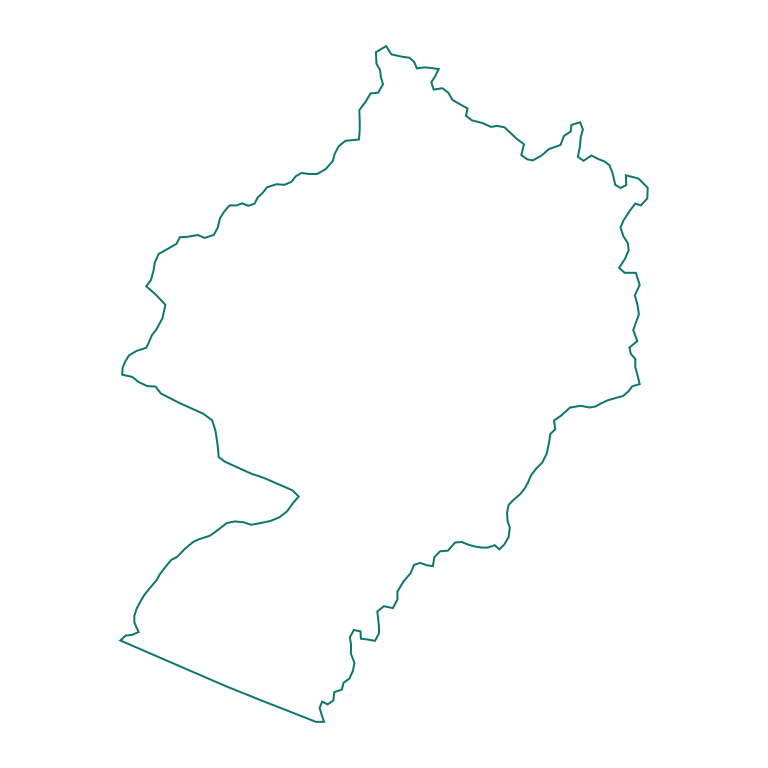 Maringá, Paraná, Brazil
{"feature_id": "56859067B20874146642258", "entity_name": "Maringá", "entity_type": "district", "adm_level": 2, "iso_a3": "BRA", "parent_name": "Brazil", "parent_adm1": "Paraná", "projection": "mercator", "projection_center": [-51.963, -23.405], "detail": "fine", "context": "isolated", "style": "outline", "palette": "teal", "viewbox_px": 768, "rotation_deg": 0, "n_neighbors": 0, "source": "geoboundaries", "source_scale": "gbopen_adm2", "svg_char_len": 3214}
<svg xmlns="http://www.w3.org/2000/svg" viewBox="0 0 768 768"><path d="M386.1,46.1L375.9,52.2L376.5,63.9L380.1,70.0L380.8,76.7L383.0,84.3L378.1,92.7L370.5,93.5L365.6,101.8L359.3,110.2L359.7,121.0L359.7,129.4L359.0,139.4L353.2,140.1L345.4,140.8L338.8,146.1L334.9,153.4L332.7,161.2L325.6,169.2L317.1,174.0L309.2,174.0L301.4,173.0L295.6,176.4L291.6,181.7L284.6,184.8L276.4,184.2L267.0,187.3L262.9,192.6L257.8,197.4L254.5,203.7L248.4,205.8L242.1,203.3L236.6,205.4L229.6,205.4L224.3,211.4L220.0,218.3L217.7,227.7L213.8,235.0L204.6,237.9L197.7,235.0L187.6,236.8L179.9,237.2L176.4,243.9L166.8,249.4L158.7,253.9L154.8,262.6L153.5,270.6L151.0,280.0L146.2,286.3L155.9,294.7L165.4,304.8L162.5,318.1L156.4,329.4L151.9,335.2L149.4,341.2L146.3,347.8L136.3,351.0L128.9,355.5L125.1,361.8L122.6,367.8L122.2,374.7L132.2,376.9L138.6,382.0L147.2,386.1L155.5,386.5L160.9,393.5L180.1,403.3L203.6,413.9L212.2,420.4L215.5,430.9L217.6,444.9L218.7,457.1L224.7,461.6L245.2,471.0L252.3,474.1L259.3,476.3L265.0,478.4L292.4,490.3L298.7,496.5L292.4,503.8L287.1,511.3L279.5,517.2L270.3,521.0L259.0,523.4L251.0,524.8L243.7,522.3L234.9,521.4L226.9,523.0L218.6,529.4L210.0,535.7L199.1,539.2L193.2,541.9L184.7,549.0L177.0,557.0L171.3,559.8L164.4,568.2L159.7,574.5L156.5,580.3L149.8,588.1L144.3,595.0L141.1,600.3L136.7,608.4L134.3,616.0L134.4,622.7L138.6,632.0L132.1,634.9L125.7,635.6L120.3,640.5L225.4,686.0L257.4,698.9L316.0,721.9L324.1,721.9L321.5,714.2L319.6,707.9L322.2,701.6L327.6,704.4L333.3,700.5L334.3,692.2L341.9,689.5L343.6,682.7L349.4,678.6L352.9,671.0L354.4,662.8L350.9,653.7L351.0,644.7L349.9,637.4L353.8,630.0L360.5,631.4L360.9,638.7L367.6,639.5L375.0,640.8L379.1,633.1L378.8,624.7L377.3,611.5L383.9,606.2L392.9,608.1L397.5,599.2L397.4,591.6L403.5,581.4L410.5,573.4L414.1,564.9L420.2,562.9L426.2,565.1L432.9,566.2L434.3,557.3L440.1,551.3L448.0,550.6L455.0,542.6L461.5,541.9L468.5,544.8L475.5,546.6L481.8,547.6L487.7,547.6L494.7,545.2L499.4,549.3L504.4,544.4L508.6,537.0L509.8,527.6L507.7,521.6L507.0,512.9L508.6,504.9L513.3,500.0L520.1,494.2L524.6,488.6L527.6,483.3L531.1,475.2L536.8,467.9L542.2,462.7L546.7,453.6L549.3,441.4L550.3,434.0L555.3,429.2L554.0,420.4L560.8,415.9L570.1,407.5L580.8,405.8L589.6,407.5L595.5,406.5L601.2,403.3L607.2,400.5L616.3,397.8L623.3,395.9L628.4,391.4L632.2,386.3L639.7,384.1L637.3,374.4L635.2,366.7L635.4,359.0L630.9,354.0L629.4,347.5L637.3,341.1L633.2,330.1L638.9,314.3L637.4,304.2L634.8,295.5L639.7,284.9L635.8,272.8L624.6,272.8L619.1,267.9L625.0,258.8L628.7,250.1L627.8,243.2L623.3,236.1L620.5,227.4L623.6,220.3L630.1,210.3L635.2,203.7L640.9,205.4L647.3,198.4L647.7,187.7L638.4,178.5L625.9,175.3L626.2,185.1L620.5,188.0L615.2,184.8L612.7,173.6L609.5,165.3L604.5,161.5L598.2,159.0L591.5,155.5L583.5,160.8L577.9,156.8L579.8,147.1L580.8,137.0L582.9,129.4L580.1,122.3L571.4,124.9L570.8,131.4L564.0,135.9L560.5,145.0L549.0,149.0L541.6,155.5L532.9,160.4L527.2,159.3L521.3,155.1L524.0,144.3L516.2,138.4L504.5,127.3L497.1,125.9L491.0,126.9L482.3,123.0L471.8,120.3L465.9,115.7L467.6,108.5L458.3,103.3L452.5,100.0L448.3,92.7L442.3,88.2L433.7,89.6L431.3,82.2L435.2,76.2L438.7,69.0L424.9,67.3L417.0,68.4L414.1,62.0L409.6,57.8L402.6,56.8L391.4,54.4L386.1,46.1Z" fill="none" stroke="#0f766e" stroke-width="2"/></svg>